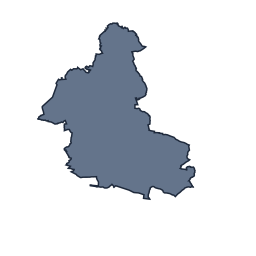 Ciurila, Cluj, Romania, rotated 136°
{"feature_id": "2599482B49766923027445", "entity_name": "Ciurila", "entity_type": "district", "adm_level": 2, "iso_a3": "ROU", "parent_name": "Romania", "parent_adm1": "Cluj", "projection": "mercator", "projection_center": [23.534, 46.652], "detail": "fine", "context": "isolated", "style": "filled", "palette": "slate", "viewbox_px": 256, "rotation_deg": 136, "n_neighbors": 0, "source": "geoboundaries", "source_scale": "gbopen_adm2", "svg_char_len": 5871}
<svg xmlns="http://www.w3.org/2000/svg" viewBox="0 0 256 256"><g transform="rotate(136 128 128)"><path d="M144.1,211.3L148.7,210.1L149.1,208.4L160.9,202.6L174.4,203.0L175.1,202.8L176.2,201.2L177.6,198.3L179.1,196.2L181.8,197.5L181.8,197.2L184.0,197.8L184.7,197.8L185.5,197.0L186.5,197.2L186.6,196.9L185.3,195.4L184.7,194.3L184.6,193.7L183.8,193.0L183.3,192.1L182.0,191.1L181.9,189.9L180.4,188.8L181.0,188.2L179.0,185.5L177.8,181.6L176.5,180.6L175.7,180.4L175.8,180.1L174.0,179.5L173.2,178.9L171.7,178.5L171.0,177.2L168.9,177.4L167.9,177.0L169.3,173.7L171.0,175.0L172.4,173.9L172.6,173.3L173.3,173.0L174.0,171.8L175.6,170.3L172.5,168.9L171.2,167.6L171.9,165.9L172.0,164.4L171.6,163.3L174.7,160.9L175.4,160.7L176.1,160.1L178.7,157.9L178.9,157.1L179.8,156.6L180.6,156.9L181.1,156.5L183.6,155.9L184.5,156.3L185.1,156.9L185.7,157.1L187.3,157.4L188.4,157.3L188.9,156.4L188.5,156.1L188.8,155.8L188.9,155.2L188.9,154.6L188.5,154.6L189.0,154.1L188.5,153.6L189.2,153.2L189.6,152.1L189.7,150.9L190.0,150.4L190.1,149.1L190.7,148.5L190.5,148.0L190.9,147.7L190.9,147.4L189.8,145.7L190.7,145.1L192.0,145.1L192.5,145.2L192.6,145.5L193.2,145.5L193.3,144.9L194.5,144.3L196.7,145.0L197.1,144.8L197.2,144.3L198.2,144.4L196.0,140.5L197.9,140.3L198.5,140.6L199.0,140.5L197.4,138.7L196.6,136.9L195.6,135.6L196.2,135.3L197.6,135.1L198.6,135.8L199.3,136.0L197.4,130.4L197.6,129.7L197.6,129.0L196.6,125.4L195.8,124.7L194.7,124.0L189.6,119.2L188.0,118.1L186.7,116.8L184.5,114.9L185.1,114.3L186.0,112.5L186.7,109.7L188.1,108.3L189.6,107.0L193.4,111.4L194.3,112.9L194.9,113.2L195.2,112.7L192.0,108.6L191.3,107.2L190.1,106.4L188.8,104.5L187.0,103.0L186.6,101.3L185.4,100.0L184.4,99.3L182.5,98.7L181.0,98.8L179.3,98.5L178.7,98.6L178.7,96.0L179.3,95.5L179.3,95.1L177.2,95.1L176.6,94.3L170.4,82.6L168.6,77.5L165.6,74.1L164.8,72.7L162.9,68.9L165.7,66.6L161.8,61.7L161.5,62.6L161.5,64.3L159.5,66.1L157.9,66.8L155.5,68.5L154.3,68.7L154.0,69.3L153.5,69.5L151.3,69.1L150.2,68.0L150.0,67.4L149.9,66.3L149.6,65.6L148.2,63.2L147.1,61.7L146.4,59.2L146.4,58.7L147.0,57.7L146.9,56.1L145.3,54.4L143.3,51.5L142.6,49.0L142.3,48.9L141.7,47.9L141.6,45.8L138.2,46.0L135.3,45.6L131.7,45.6L130.7,45.2L128.9,45.4L126.7,44.5L125.3,43.6L124.2,41.9L123.0,41.5L122.1,40.3L122.0,40.5L122.7,41.4L122.4,41.8L122.1,41.7L121.8,41.9L121.7,43.2L121.4,43.6L121.1,45.9L120.8,46.2L120.8,47.0L120.7,47.6L120.9,47.8L119.1,47.9L118.6,48.4L117.5,48.6L117.0,48.3L116.3,48.3L115.7,47.8L115.3,47.9L113.9,47.5L113.0,48.0L112.2,49.1L111.3,49.6L110.8,49.6L110.1,50.4L109.5,50.7L109.2,51.1L109.2,51.8L108.3,52.9L108.2,53.3L108.3,54.0L108.1,54.4L109.9,55.8L110.3,56.4L109.9,56.7L110.6,57.9L111.3,58.1L112.1,58.8L113.4,58.9L113.9,58.6L114.3,57.5L114.9,57.1L115.5,58.4L117.9,61.3L118.5,62.7L117.6,62.7L116.9,63.5L116.4,63.5L116.4,63.9L116.1,64.2L113.3,63.5L109.7,63.1L107.3,62.4L105.7,62.3L105.9,62.9L106.3,63.7L106.3,65.2L105.5,66.5L104.6,67.1L103.5,67.3L102.8,68.3L102.0,68.9L101.0,69.3L99.2,69.4L97.0,72.7L95.8,73.2L96.7,75.0L96.9,76.2L97.8,78.6L99.3,80.8L100.2,82.7L100.7,84.8L101.5,86.7L101.4,86.8L101.4,89.3L103.0,92.5L104.4,95.7L105.8,97.6L106.6,98.1L107.4,99.0L107.4,99.4L106.9,100.0L109.1,102.4L108.7,102.7L110.8,105.0L112.4,106.4L111.3,107.2L113.4,110.0L114.4,111.9L113.5,112.5L113.4,113.3L112.4,114.4L111.7,116.0L111.2,116.4L110.3,115.8L109.6,115.6L109.3,115.8L107.6,117.5L107.0,117.8L106.0,119.4L105.0,120.0L104.1,121.2L104.2,121.8L105.0,121.7L104.0,122.2L104.3,123.0L104.1,123.2L104.0,124.1L104.1,125.2L104.6,126.6L104.8,128.1L105.2,128.8L106.2,129.6L107.0,132.2L106.3,133.1L106.5,134.7L108.1,135.7L109.3,137.5L106.8,139.9L104.8,138.0L101.8,144.3L101.0,143.7L101.7,141.7L100.5,141.0L99.6,140.9L99.5,141.7L99.1,141.5L99.0,141.2L95.8,139.9L93.2,139.3L91.7,139.7L91.4,140.5L89.9,140.9L89.3,141.6L88.3,142.1L86.9,143.4L86.4,144.8L85.7,146.1L84.8,148.7L84.8,150.9L84.4,152.7L83.8,152.7L83.5,153.3L82.6,155.5L82.8,156.5L83.2,156.7L83.2,157.1L82.3,158.8L82.4,159.1L82.4,160.3L82.1,160.8L82.4,161.6L82.1,162.1L82.4,163.3L82.3,163.7L82.0,164.2L81.0,164.8L81.2,165.0L81.0,165.4L80.4,165.7L80.1,167.1L79.7,167.7L79.5,169.4L78.7,170.8L78.2,172.8L75.8,173.2L75.2,174.2L74.2,176.7L72.6,178.4L72.8,179.0L72.3,180.1L69.2,178.0L67.9,176.2L66.3,175.6L65.8,175.1L61.9,174.3L58.9,174.0L59.3,174.9L60.7,176.7L60.9,177.3L60.4,179.7L60.1,182.9L59.4,183.9L59.1,184.0L57.9,185.9L57.7,187.1L58.1,187.4L57.5,188.4L58.0,189.2L57.0,189.5L57.0,190.1L56.8,190.0L56.9,191.1L56.7,191.5L56.8,193.0L57.4,194.0L57.0,194.5L60.5,197.3L59.6,198.4L59.0,200.2L60.4,201.5L60.1,201.9L60.2,202.6L62.3,202.8L62.3,203.9L61.8,204.8L61.7,205.3L62.2,205.3L62.9,204.9L62.9,205.7L63.9,208.1L63.6,208.5L63.4,209.0L63.7,209.7L62.8,210.1L62.8,210.9L63.6,211.5L63.8,211.4L64.8,212.7L66.1,214.0L67.4,214.0L68.0,215.0L70.0,215.6L71.1,215.5L71.9,215.7L72.7,214.1L73.5,214.4L74.2,214.0L74.4,214.8L74.8,214.3L75.9,213.7L76.6,214.4L77.2,213.4L78.3,213.9L83.8,214.1L84.7,213.8L84.6,213.5L85.6,213.0L87.2,212.4L86.8,211.7L86.9,211.1L88.5,209.1L88.6,207.9L89.7,207.7L90.5,207.3L91.3,206.0L90.3,205.8L90.2,205.5L91.2,205.4L92.6,204.3L92.9,204.7L93.5,204.5L93.7,203.6L93.5,201.7L94.0,201.1L94.4,199.5L95.8,200.3L97.5,200.9L98.7,202.3L99.5,203.4L100.8,202.2L101.2,202.4L101.4,202.0L102.0,201.9L102.5,201.3L103.5,200.8L104.1,200.0L108.0,199.1L108.4,198.5L109.3,197.6L110.7,196.8L110.9,197.4L112.2,199.3L114.3,199.1L114.8,201.1L116.5,200.8L116.4,201.3L117.2,201.0L117.1,200.0L116.5,198.9L116.8,198.6L116.0,197.7L115.5,196.9L115.0,196.6L114.7,195.7L115.5,195.6L115.8,196.0L116.3,196.3L116.5,196.0L117.3,195.6L117.2,195.2L117.8,195.1L118.3,195.3L119.6,197.3L119.3,199.3L119.4,200.9L119.2,201.8L121.6,202.8L122.1,206.6L123.0,206.0L123.7,206.1L126.0,208.4L128.1,208.6L128.2,209.0L128.5,209.0L128.6,210.1L132.5,210.2L135.2,209.3L136.4,209.4L137.8,208.4L138.8,206.3L141.7,208.7L140.6,210.0L141.0,210.3L142.0,209.0L142.7,209.6L143.7,210.0L144.1,211.3Z" fill="#64748b" stroke="#1e293b" stroke-width="1.5"/></g></svg>